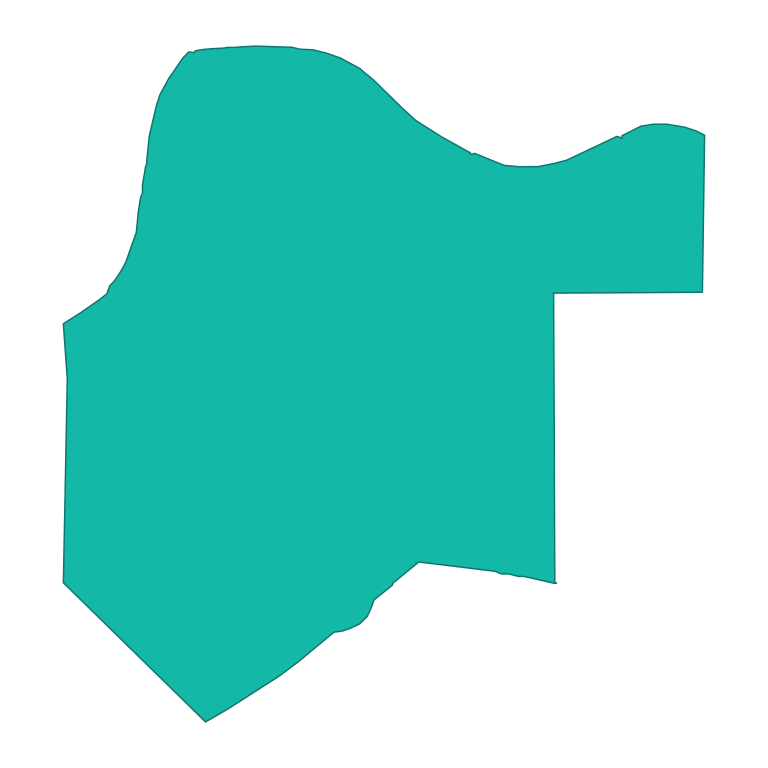 Jarra West, Lower River, Gambia (Mercator projection)
{"feature_id": "56634734B83949040016571", "entity_name": "Jarra West", "entity_type": "district", "adm_level": 2, "iso_a3": "GMB", "parent_name": "Gambia", "parent_adm1": "Lower River", "projection": "mercator", "projection_center": [-15.534, 13.437], "detail": "fine", "context": "isolated", "style": "filled", "palette": "teal", "viewbox_px": 768, "rotation_deg": 0, "n_neighbors": 0, "source": "geoboundaries", "source_scale": "gbopen_adm2", "svg_char_len": 1537}
<svg xmlns="http://www.w3.org/2000/svg" viewBox="0 0 768 768"><path d="M704.6,135.2L696.4,131.1L685.1,127.3L678.1,126.1L666.8,124.2L653.5,124.2L640.9,126.2L622.0,135.7L622.0,138.2L617.0,136.4L566.6,160.2L554.6,163.4L538.3,166.6L518.7,166.7L504.2,165.4L474.6,153.4L472.7,154.1L470.2,154.1L470.2,152.8L441.8,137.0L415.9,120.6L402.0,107.9L373.6,80.1L360.3,69.1L360.3,68.7L359.0,68.1L340.1,57.9L325.6,52.9L313.0,49.8L299.7,49.2L292.2,47.3L256.2,46.1L243.6,46.7L235.4,47.4L227.3,47.4L224.1,48.1L212.1,48.7L203.9,49.4L195.7,50.7L193.9,52.6L188.8,51.9L183.7,57.1L183.1,57.7L178.8,64.0L168.7,78.6L159.9,94.8L156.2,106.3L149.3,136.1L146.8,160.2L146.8,164.0L145.6,166.5L142.5,184.9L142.5,192.6L140.6,197.6L139.3,205.6L138.1,212.9L137.5,220.5L136.3,232.5L136.0,233.4L125.6,262.7L120.6,271.6L119.1,274.0L114.3,281.1L109.9,285.6L106.8,293.8L105.2,295.1L100.5,298.9L80.4,312.9L63.4,323.7L63.5,325.3L63.5,325.6L67.3,378.9L65.3,482.8L65.1,496.0L64.7,515.2L64.4,529.7L63.4,581.7L63.4,582.8L122.0,640.2L205.5,721.9L207.1,721.0L227.5,709.2L279.1,676.1L288.5,669.1L297.9,662.1L330.0,635.4L334.1,632.1L335.4,632.0L341.9,631.1L342.7,630.9L349.6,628.6L359.5,624.0L365.3,618.3L367.2,616.5L371.0,608.3L371.0,608.2L373.7,600.9L373.9,600.0L392.3,585.2L392.9,583.2L418.7,562.0L428.7,563.2L495.0,571.3L501.3,573.9L508.8,573.9L518.3,576.4L523.9,576.4L554.2,583.3L557.0,583.3L554.8,582.6L554.4,489.3L554.3,444.9L553.9,360.2L553.9,359.4L553.6,294.8L553.6,293.1L611.7,292.8L646.5,292.6L702.4,292.2L704.6,135.2Z" fill="#14b8a6" stroke="#0f766e" stroke-width="1.5"/></svg>